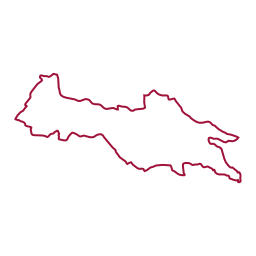 an SVG outline of Sucumbios
{"feature_id": "ECU-1411", "entity_name": "Sucumbios", "entity_type": "Province", "adm_level": 1, "iso_a3": "ECU", "parent_name": "Ecuador", "parent_adm1": "", "projection": "orthographic", "projection_center": [-76.613, 0.009], "detail": "fine", "context": "isolated", "style": "outline", "palette": "rose", "viewbox_px": 256, "rotation_deg": 0, "n_neighbors": 0, "source": "natural_earth", "source_scale": "10m", "svg_char_len": 5036}
<svg xmlns="http://www.w3.org/2000/svg" viewBox="0 0 256 256"><path d="M53.6,73.9L57.1,74.7L58.2,78.7L58.7,87.5L59.5,90.3L59.8,92.7L60.7,94.9L62.9,96.6L65.8,97.6L74.7,99.4L76.2,100.0L77.4,100.6L78.7,101.0L80.5,100.9L84.7,99.3L86.2,99.1L87.3,99.3L89.0,99.8L92.2,103.4L94.7,104.2L98.0,104.3L99.0,104.4L100.4,104.9L101.2,105.5L103.1,107.3L104.5,108.4L105.7,108.8L106.9,108.9L112.7,108.0L113.7,108.1L116.7,109.4L117.9,109.4L117.7,106.1L118.8,105.7L121.6,106.5L125.7,106.9L126.9,107.3L128.2,108.2L130.4,110.3L132.0,110.8L133.2,110.7L135.3,109.5L143.6,108.6L145.0,107.6L144.2,102.1L144.4,95.9L144.3,95.4L145.1,95.5L146.9,95.4L147.8,95.2L148.6,95.0L150.6,92.5L151.1,92.1L151.5,91.8L153.0,90.7L154.0,90.4L154.8,90.8L157.1,93.2L158.7,94.3L160.3,95.0L162.1,95.4L164.1,95.5L166.0,95.4L166.9,95.5L167.6,95.8L168.1,96.7L168.5,98.9L169.0,99.5L170.5,99.5L172.6,98.8L174.4,98.6L175.2,99.8L175.6,100.8L181.2,107.8L181.6,108.9L182.0,110.5L182.9,111.8L184.9,113.7L190.0,116.8L190.7,118.0L194.0,120.4L196.3,121.7L197.7,122.3L199.3,122.7L201.2,122.8L203.1,122.6L206.6,121.8L208.2,121.6L209.9,122.2L211.2,123.4L212.2,124.6L213.1,125.1L214.6,125.6L218.5,129.1L223.3,132.0L225.3,132.7L226.9,133.9L231.5,134.8L236.8,136.7L238.3,137.6L237.3,138.9L235.5,140.2L234.4,140.7L233.3,141.1L232.0,141.2L229.1,140.8L228.5,140.8L226.2,142.3L224.1,142.1L218.2,139.0L217.1,138.7L215.9,138.7L214.5,138.8L213.2,138.6L211.7,138.0L210.2,137.6L209.0,138.0L208.5,139.4L208.9,141.3L209.7,142.9L210.4,143.7L211.2,143.9L213.0,143.8L213.8,143.9L214.8,144.5L216.6,146.1L217.6,146.7L219.4,147.2L220.7,148.1L221.6,149.3L224.3,158.7L225.8,162.2L228.2,165.4L229.7,166.9L230.7,167.5L231.5,167.6L232.6,167.5L233.0,167.8L233.4,168.3L236.6,170.8L237.0,171.2L237.4,172.1L237.7,172.5L238.1,172.6L238.9,172.2L239.3,172.4L240.2,173.8L240.5,175.4L240.3,178.6L240.3,179.3L240.5,179.9L240.6,180.5L240.5,181.3L239.7,182.1L238.4,182.1L238.2,182.0L238.0,181.5L238.2,180.5L238.1,180.2L237.8,180.0L237.3,180.3L236.7,180.4L235.7,180.4L232.8,179.6L231.5,179.0L230.7,178.8L230.1,178.7L229.6,178.2L229.4,177.4L229.1,176.6L228.8,176.0L228.4,175.7L227.1,175.6L226.4,175.4L225.5,174.9L224.5,174.5L220.8,174.4L220.2,174.5L219.5,174.5L216.8,173.7L215.9,173.0L215.4,172.4L215.0,171.9L214.8,171.3L214.7,170.5L214.5,170.0L214.2,169.8L213.3,170.2L213.0,170.2L212.8,169.7L212.6,169.3L212.1,168.8L211.1,168.2L209.3,167.4L208.4,166.8L207.6,166.5L206.8,166.6L206.0,166.9L204.8,167.2L203.8,167.2L202.8,166.7L202.3,166.1L201.6,165.0L201.2,164.4L200.4,163.9L199.8,163.8L198.9,164.0L198.1,164.3L197.1,164.5L195.1,164.5L194.4,164.6L193.6,164.9L192.9,165.0L191.9,164.7L191.0,164.1L189.8,163.4L188.3,163.0L185.6,163.0L184.2,163.3L183.2,163.8L183.0,164.7L182.9,166.0L183.7,172.8L184.1,173.8L184.5,174.4L184.7,174.8L184.5,175.1L184.1,175.3L183.1,175.2L181.2,175.1L179.3,174.6L177.5,173.6L174.1,171.1L172.4,170.4L172.0,169.8L171.6,167.8L171.2,166.7L170.8,165.8L170.4,165.4L162.5,164.9L156.1,165.5L155.3,165.8L153.6,166.6L150.9,167.4L150.2,167.7L146.8,170.2L144.8,171.1L144.0,170.3L143.4,169.0L142.1,168.7L138.8,168.8L137.2,168.0L132.9,164.7L131.1,162.3L129.1,162.9L127.3,164.0L126.3,162.8L126.0,162.1L125.2,161.2L120.6,157.9L119.6,157.1L119.2,156.5L118.9,156.0L118.1,154.8L117.4,154.0L115.8,151.7L115.7,151.2L115.6,150.4L115.5,150.2L115.2,149.7L112.6,147.5L104.1,137.3L103.3,136.0L102.7,135.3L101.6,134.5L100.4,134.2L98.2,134.5L97.0,135.0L95.8,135.6L94.8,136.3L93.6,137.0L91.8,137.3L89.8,137.2L85.1,135.9L83.7,135.6L82.3,135.9L81.5,136.3L80.5,136.4L79.5,136.3L77.1,134.6L74.8,133.4L73.4,132.9L72.3,132.7L71.1,133.6L68.9,136.1L68.2,137.2L67.4,139.0L66.9,139.7L66.3,140.1L65.8,140.4L64.9,140.4L63.5,140.3L59.6,139.4L58.9,139.1L58.7,138.6L58.7,138.0L58.8,137.5L58.9,137.0L59.0,136.6L58.9,136.1L58.6,135.4L58.6,135.0L58.7,134.6L59.0,134.2L59.1,133.7L59.0,133.4L58.8,133.0L58.4,132.4L58.2,131.5L57.8,130.9L57.3,130.7L56.4,131.1L55.2,131.8L54.8,132.0L54.5,132.2L54.2,132.5L53.9,133.0L53.4,133.4L52.6,133.7L51.2,133.9L50.2,134.4L48.5,136.3L47.6,136.9L47.0,137.0L46.1,136.5L45.1,136.0L42.7,135.5L34.5,135.2L32.9,135.0L31.8,134.2L31.3,132.6L30.8,129.9L30.8,129.0L30.8,128.7L31.0,128.4L31.2,128.1L31.3,127.9L31.3,127.6L31.3,127.4L30.5,127.0L26.8,126.1L25.8,125.7L25.4,125.4L25.3,125.1L25.2,124.2L24.9,123.4L24.6,123.0L24.2,122.6L23.0,121.9L22.6,121.7L22.3,121.6L21.9,121.6L20.7,121.2L18.6,120.0L18.4,120.0L18.0,120.1L17.9,120.1L16.8,119.7L15.8,119.4L15.6,119.3L15.4,119.2L15.4,118.9L17.5,115.4L20.4,112.3L21.6,111.5L22.0,111.4L22.4,111.2L22.7,111.0L23.0,110.8L23.4,110.3L25.0,108.1L26.0,106.9L26.3,106.7L26.6,106.4L26.7,106.1L26.5,105.8L26.3,105.7L26.1,105.6L25.8,105.6L25.6,105.5L25.4,105.4L25.3,105.2L25.2,105.0L25.2,104.5L25.7,103.4L28.4,100.1L30.2,97.9L30.5,96.9L30.3,95.8L30.3,95.1L30.4,93.7L30.9,92.7L31.6,91.5L37.3,84.2L38.0,83.6L41.1,81.3L41.7,80.7L42.0,80.2L41.9,79.9L41.8,79.5L41.6,79.1L41.2,78.7L40.3,78.0L40.1,77.5L40.0,77.0L40.1,76.1L40.4,75.7L40.6,75.5L41.0,75.4L41.5,75.4L42.2,75.6L43.5,76.0L44.2,76.1L46.5,76.1L47.0,76.2L48.6,76.9L50.0,76.5L53.0,74.3L53.3,73.9L53.6,73.9Z" fill="none" stroke="#9f1239" stroke-width="2"/></svg>